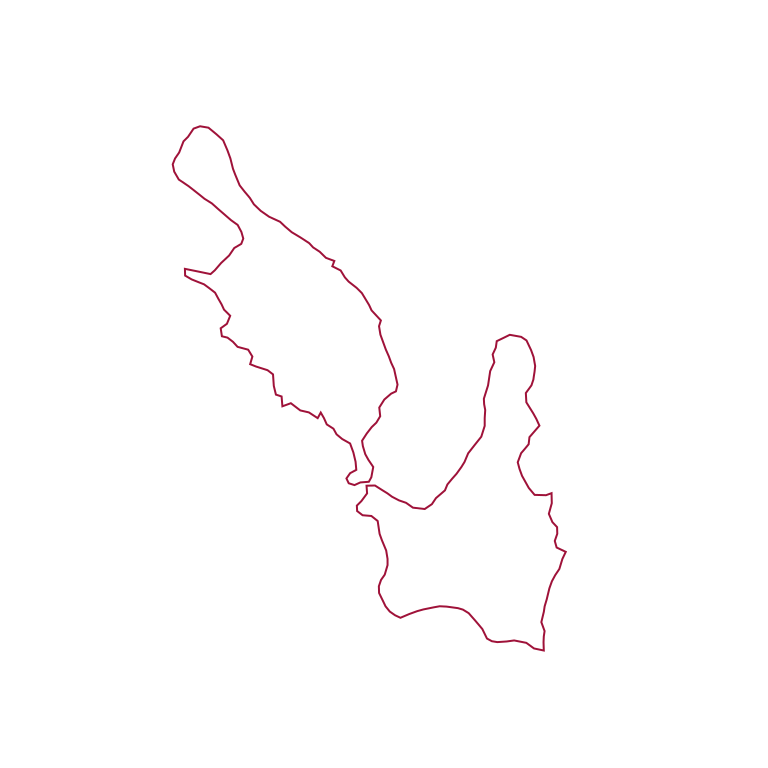 Aigialousa, Cyprus, rotated 250°
{"feature_id": "46923920B6502915475397", "entity_name": "Aigialousa", "entity_type": "district", "adm_level": 2, "iso_a3": "CYP", "parent_name": "Cyprus", "parent_adm1": "", "projection": "orthographic", "projection_center": [34.239, 35.544], "detail": "fine", "context": "isolated", "style": "outline", "palette": "rose", "viewbox_px": 768, "rotation_deg": 250, "n_neighbors": 0, "source": "geoboundaries", "source_scale": "gbopen_adm2", "svg_char_len": 3112}
<svg xmlns="http://www.w3.org/2000/svg" viewBox="0 0 768 768"><g transform="rotate(250 384 384)"><path d="M294.4,332.8L287.0,330.7L281.7,322.7L279.0,316.9L273.8,315.3L268.0,319.0L264.3,327.0L257.4,331.2L244.7,328.6L237.9,328.6L226.8,329.1L218.4,327.5L212.6,325.4L204.6,319.5L200.9,314.2L195.7,310.0L189.3,307.9L179.8,308.9L174.6,309.4L168.2,311.6L162.9,315.3L158.7,319.5L159.2,329.1L159.2,337.5L158.7,343.9L157.1,354.5L156.1,360.3L153.4,366.7L148.1,376.8L145.0,381.0L139.7,385.2L130.2,388.9L120.1,392.6L109.6,393.7L105.4,397.4L102.7,402.2L100.1,411.2L98.5,418.6L92.1,429.2L84.2,434.5L78.9,443.0L86.8,445.6L92.1,447.8L96.9,450.4L106.4,450.4L115.3,456.3L120.1,458.9L125.9,463.2L135.4,469.5L141.2,474.3L145.9,479.6L150.2,485.5L158.6,491.8L164.1,497.4L171.3,490.3L178.1,490.8L184.0,495.6L190.3,497.7L196.6,495.0L205.6,494.5L214.6,500.9L224.1,504.1L224.1,498.2L228.3,487.6L236.8,484.5L250.5,482.3L257.9,482.3L264.7,482.9L272.1,489.2L274.8,494.0L277.9,499.3L284.3,502.5L291.7,515.8L299.1,515.2L305.4,514.2L318.1,511.5L327.0,514.2L332.3,522.1L337.1,525.9L340.3,527.6L343.9,529.6L349.2,532.2L358.2,533.8L365.6,533.8L376.2,532.8L381.4,529.0L387.2,519.0L386.4,511.6L385.7,504.6L379.9,501.5L374.6,496.2L366.7,495.1L359.8,488.2L347.1,481.3L336.0,472.8L330.8,471.2L324.9,470.2L317.6,467.0L310.2,464.3L301.2,457.4L295.4,447.9L290.1,439.4L283.2,433.0L279.5,428.3L274.8,421.4L271.6,415.5L267.9,409.2L263.2,404.9L259.0,393.8L254.7,387.9L252.6,379.5L257.9,368.9L264.8,364.1L269.5,358.3L275.3,353.0L280.1,349.8L284.8,346.1L291.7,340.8L294.4,332.8ZM516.6,379.4L522.4,372.6L530.3,368.8L536.6,364.1L541.9,361.9L550.3,355.6L558.2,349.2L565.6,345.0L572.0,341.8L580.4,333.3L588.8,327.4L597.3,323.2L604.7,321.6L609.7,319.8L612.1,318.9L620.0,316.3L631.6,315.8L637.9,315.7L648.5,316.8L656.9,316.8L668.0,316.2L675.9,312.0L684.9,306.7L689.1,299.3L689.1,292.4L683.3,284.4L680.6,278.6L671.6,270.7L667.4,264.8L662.7,260.6L655.3,259.5L646.3,261.1L636.8,268.0L625.7,274.9L619.4,278.7L612.6,284.0L605.7,287.7L590.4,296.2L583.5,300.9L575.6,302.0L568.8,301.5L564.5,297.8L563.0,289.8L557.7,282.4L553.4,272.3L548.7,263.9L546.6,258.6L554.5,245.8L560.3,236.3L553.9,234.2L548.1,239.0L542.9,244.8L539.2,249.0L534.4,252.2L527.6,256.5L520.7,257.5L514.4,258.6L508.6,259.1L500.7,262.8L494.3,257.0L492.2,249.6L484.3,248.0L481.1,252.8L475.3,256.5L469.0,259.1L462.7,268.1L454.8,269.7L448.4,265.0L444.2,269.7L436.8,279.3L431.0,283.0L419.9,279.8L411.0,278.8L407.3,283.5L397.8,280.9L397.8,289.9L387.8,296.3L383.0,303.7L374.6,310.0L378.8,314.8L372.5,315.9L365.6,316.4L359.3,321.2L352.9,322.2L346.6,325.9L339.7,331.8L330.2,331.8L320.7,330.7L312.8,328.6L311.8,321.7L308.1,316.4L302.8,316.9L299.1,321.7L299.6,328.1L297.3,336.3L300.7,340.2L309.7,345.5L318.1,343.4L324.4,342.4L332.9,342.9L338.2,344.0L343.4,350.9L347.7,357.7L350.3,363.6L355.0,369.4L363.5,371.5L369.3,379.0L372.5,387.4L373.0,392.7L378.8,396.5L394.6,398.6L401.5,398.0L408.4,398.0L415.7,397.5L426.3,397.5L431.6,397.5L440.0,399.1L444.8,402.8L457.4,397.5L463.3,397.0L477.0,394.3L483.8,391.1L492.3,385.8L497.6,383.7L505.5,382.1L512.3,375.7L516.6,379.4Z" fill="none" stroke="#9f1239" stroke-width="2"/></g></svg>